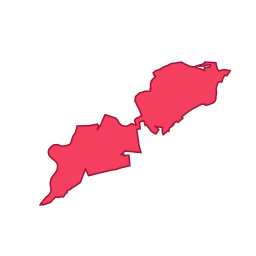 outline of Cristesti, Mures, Romania, rotated 324°
{"feature_id": "2599482B35540168956421", "entity_name": "Cristesti", "entity_type": "district", "adm_level": 2, "iso_a3": "ROU", "parent_name": "Romania", "parent_adm1": "Mures", "projection": "equal_earth", "projection_center": [24.516, 46.501], "detail": "fine", "context": "isolated", "style": "filled", "palette": "rose", "viewbox_px": 256, "rotation_deg": 324, "n_neighbors": 0, "source": "geoboundaries", "source_scale": "gbopen_adm2", "svg_char_len": 5863}
<svg xmlns="http://www.w3.org/2000/svg" viewBox="0 0 256 256"><g transform="rotate(324 128 128)"><path d="M107.5,159.6L111.4,152.8L112.7,150.5L108.5,148.0L109.2,147.0L106.9,145.4L107.2,145.2L107.5,145.1L108.3,145.3L108.6,145.3L109.6,145.0L110.0,145.1L110.5,145.1L111.5,144.9L111.8,144.7L112.8,145.6L116.2,148.5L118.7,150.8L119.5,151.6L120.5,152.3L121.4,153.2L122.3,153.9L123.2,154.6L124.0,155.5L125.0,152.9L126.1,149.7L126.8,148.2L128.4,145.3L129.4,143.6L130.1,142.2L130.8,140.8L131.6,139.3L132.3,138.0L133.2,136.2L134.4,134.2L137.4,135.8L140.7,130.0L145.0,131.2L144.1,134.2L143.4,136.1L144.8,136.4L144.8,143.2L145.0,144.4L145.2,145.3L145.9,146.9L146.5,148.4L147.0,149.1L147.2,149.3L150.1,148.1L151.6,147.7L151.9,147.6L152.0,147.2L151.9,146.4L151.7,145.5L151.6,144.8L150.9,142.4L151.1,142.3L151.4,142.9L151.7,143.5L152.9,144.8L156.0,147.6L153.4,151.6L152.5,153.7L152.7,154.3L154.0,154.0L156.8,153.9L158.1,153.6L159.0,154.7L160.1,153.8L160.5,153.3L161.1,152.5L162.3,152.5L166.6,152.3L166.4,151.4L171.2,151.0L171.5,152.8L178.2,152.4L178.0,150.6L182.9,150.3L185.5,150.2L190.4,150.5L192.1,150.6L193.2,150.7L194.3,150.9L196.6,151.2L198.8,151.5L200.5,151.9L200.8,151.6L202.2,152.4L204.5,154.2L203.9,155.0L206.7,156.5L207.4,156.7L208.0,156.9L208.6,156.9L209.5,157.2L210.6,157.5L211.1,157.6L211.8,157.7L212.7,157.7L213.5,157.5L214.2,157.3L215.3,156.8L216.1,156.2L216.4,155.9L216.2,155.7L217.8,154.1L219.8,152.2L222.5,147.9L222.9,147.5L224.8,146.0L226.7,144.7L228.1,143.9L231.1,146.0L233.6,143.9L234.4,143.4L236.5,142.6L237.2,142.1L238.7,143.9L239.6,143.5L240.4,143.2L240.7,142.8L241.0,142.6L241.5,142.5L241.8,142.6L242.1,142.8L242.6,142.6L243.2,142.4L244.3,141.7L240.4,137.5L240.1,137.2L239.7,137.1L237.8,136.3L234.8,135.0L234.9,134.5L235.0,134.0L234.9,132.9L235.0,132.6L235.1,132.2L235.4,131.6L236.3,129.6L236.6,128.4L236.7,128.1L237.3,127.4L237.5,127.0L237.4,126.7L236.8,126.2L236.0,125.6L235.2,124.9L233.2,123.3L229.4,120.2L228.8,119.8L228.6,119.8L228.1,120.7L227.3,120.4L225.7,120.1L224.8,119.8L224.1,119.6L222.8,119.0L221.4,118.6L221.0,118.4L220.2,118.0L220.0,117.9L219.8,117.9L220.0,118.1L220.2,118.3L220.6,118.5L221.5,119.0L222.0,119.3L222.5,119.6L222.7,119.8L222.2,120.1L223.7,121.0L226.3,122.4L227.6,122.9L230.3,124.2L231.7,125.0L231.3,125.8L230.7,126.6L228.7,125.8L226.3,124.6L225.4,123.8L225.1,124.3L224.4,125.4L224.0,125.9L223.6,126.4L223.4,126.0L222.6,124.6L222.1,123.8L221.1,122.6L220.4,121.6L219.6,120.6L219.2,119.9L218.8,118.6L218.6,118.3L217.7,117.5L217.2,117.1L216.6,116.8L216.3,116.5L215.9,116.1L215.1,115.3L214.4,114.5L213.8,113.6L213.4,113.0L212.9,112.1L212.7,111.4L212.3,110.6L212.0,110.2L211.5,109.6L211.1,108.8L210.9,108.4L210.6,107.3L210.3,106.7L209.8,106.2L209.4,105.8L208.5,105.2L207.5,104.7L206.5,104.2L204.6,103.5L204.0,103.1L203.1,102.5L201.8,101.7L201.2,101.4L200.6,101.2L199.7,101.1L198.5,100.9L196.7,100.6L194.6,100.0L193.4,99.8L192.5,99.7L191.7,99.5L191.2,99.5L187.2,99.0L184.3,98.1L183.7,97.9L183.4,97.9L182.1,98.1L180.8,98.2L180.7,98.2L180.6,98.5L180.3,100.0L180.1,100.6L180.1,101.0L180.3,102.0L180.5,102.4L175.0,103.4L175.2,103.9L175.1,104.2L174.9,104.3L173.1,104.4L169.8,108.7L169.3,109.2L168.7,109.6L169.2,110.0L167.4,111.4L166.5,110.6L166.3,110.4L164.7,109.1L163.7,108.4L162.7,108.0L161.3,107.6L161.1,107.6L159.4,107.1L159.2,107.0L158.8,106.8L158.0,106.4L157.9,106.4L157.5,106.4L157.2,106.5L156.5,106.6L155.9,106.6L155.0,106.7L153.6,107.0L153.4,107.0L152.8,106.8L151.5,108.2L149.3,110.5L149.3,110.8L149.5,111.5L149.5,111.8L148.9,113.6L148.7,114.2L148.7,114.7L148.5,116.2L148.2,118.4L147.7,120.9L147.2,122.7L146.7,124.3L146.3,126.1L144.0,125.7L142.3,125.6L141.4,125.2L140.4,125.0L139.8,125.0L138.5,125.4L137.6,126.0L136.7,129.5L136.4,130.3L135.9,129.9L134.8,128.5L134.0,127.4L133.1,126.3L131.6,126.4L130.6,126.3L129.1,126.1L128.4,125.9L127.9,125.6L127.4,125.3L126.9,125.1L126.6,124.9L126.3,124.6L125.7,123.6L125.5,123.3L124.8,122.3L124.4,121.8L124.2,121.4L124.0,120.8L123.9,120.3L123.8,118.9L124.1,116.3L124.1,114.9L123.8,112.9L123.6,112.6L123.0,111.6L118.6,105.4L117.2,103.8L113.5,105.9L110.0,108.0L106.5,110.1L106.2,109.7L104.4,110.5L101.8,111.6L102.3,111.3L103.6,110.6L104.1,110.2L104.5,109.9L104.8,109.5L105.2,108.9L105.5,108.2L105.6,107.6L105.5,107.1L105.5,106.8L105.0,106.7L104.1,106.2L100.1,104.3L97.9,103.3L96.3,102.1L91.0,98.6L88.1,96.4L86.6,97.7L84.0,99.9L81.4,101.4L79.3,102.0L77.7,102.9L73.7,105.9L71.9,106.9L70.9,106.9L69.5,106.5L67.6,106.0L65.8,105.1L64.3,104.1L63.4,103.4L62.4,101.8L60.9,99.8L58.7,98.3L57.1,97.9L55.6,97.9L53.6,98.2L51.5,98.9L50.0,99.9L48.8,101.5L48.1,103.8L48.1,105.6L48.4,107.5L49.1,109.7L49.8,112.5L49.9,113.7L49.8,115.1L49.2,116.5L47.9,118.3L46.5,119.8L44.5,120.9L42.2,121.8L39.4,122.5L37.1,123.4L35.6,124.1L32.8,126.6L31.6,128.7L30.5,130.7L29.6,132.5L27.9,134.3L26.1,135.1L24.4,135.6L20.3,135.9L17.6,136.7L13.9,137.6L11.7,138.5L12.2,138.9L12.9,138.3L13.2,138.6L13.5,138.7L13.4,139.6L13.9,140.1L14.4,140.4L14.9,140.6L15.6,140.7L15.9,140.8L16.6,141.3L16.8,141.2L17.0,141.2L17.3,141.2L18.1,141.4L18.3,141.5L18.8,141.6L19.1,141.7L19.5,141.9L19.8,142.2L20.2,142.2L20.3,142.1L20.5,142.1L21.0,142.4L23.0,142.5L24.6,141.8L25.0,141.7L26.3,141.7L27.1,141.6L27.4,141.5L27.9,141.2L28.2,141.1L28.5,141.1L28.8,141.5L29.0,141.5L29.5,141.8L29.7,142.0L30.4,142.8L31.0,143.4L31.3,143.6L32.0,143.8L32.7,143.9L33.2,144.0L33.4,144.2L33.9,144.7L34.4,145.2L34.8,145.5L35.2,145.7L35.7,145.7L36.7,145.2L37.1,145.1L37.6,144.8L38.0,144.4L38.6,144.4L39.7,144.6L40.3,144.6L40.8,144.3L41.3,143.9L41.7,143.3L42.0,143.2L42.7,143.2L44.7,143.6L46.3,143.7L47.3,143.2L47.6,143.6L48.0,143.6L50.4,143.8L57.3,144.0L58.0,143.6L62.2,140.9L68.1,137.1L69.5,136.1L68.1,143.4L70.6,144.5L73.6,145.6L80.9,148.6L81.9,149.0L82.7,149.4L83.5,149.7L84.0,149.9L84.3,150.1L84.5,150.3L84.7,150.1L86.4,150.9L89.9,152.3L92.7,153.9L93.5,154.3L97.9,155.7L98.2,155.9L100.0,156.5L107.5,159.6Z" fill="#f43f5e" stroke="#9f1239" stroke-width="1.5"/></g></svg>